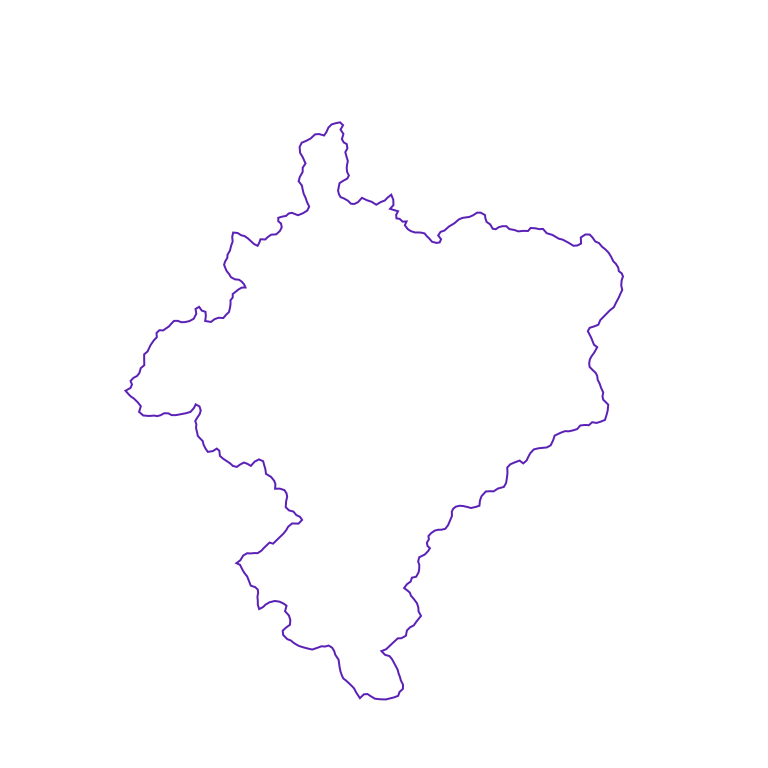 outline of Mariana, Minas Gerais, Brazil, rotated 224°
{"feature_id": "56859067B28014056344581", "entity_name": "Mariana", "entity_type": "district", "adm_level": 2, "iso_a3": "BRA", "parent_name": "Brazil", "parent_adm1": "Minas Gerais", "projection": "mercator", "projection_center": [-43.32, -20.336], "detail": "fine", "context": "isolated", "style": "outline", "palette": "violet", "viewbox_px": 768, "rotation_deg": 224, "n_neighbors": 0, "source": "geoboundaries", "source_scale": "gbopen_adm2", "svg_char_len": 6166}
<svg xmlns="http://www.w3.org/2000/svg" viewBox="0 0 768 768"><g transform="rotate(224 384 384)"><path d="M597.7,388.2L595.5,384.5L591.8,381.3L590.0,377.2L587.5,373.0L586.4,368.4L584.3,365.8L583.4,361.8L581.9,358.7L578.7,357.2L575.5,355.9L571.7,355.5L568.3,354.5L564.0,355.7L560.7,358.3L557.3,358.8L553.9,358.5L550.7,357.2L553.3,354.5L554.3,351.2L555.3,343.6L552.9,341.1L552.6,337.6L549.9,334.9L547.5,331.5L545.5,328.0L545.7,324.1L545.4,319.8L549.0,316.8L550.9,313.0L551.6,308.4L556.4,305.1L559.5,309.3L562.6,311.9L566.1,310.2L570.6,311.1L571.7,307.1L567.8,304.1L566.2,298.7L567.7,294.0L570.4,290.0L572.8,287.6L576.2,286.2L578.9,283.5L578.9,279.7L578.7,276.1L580.1,269.1L582.9,266.7L583.1,262.7L579.9,259.8L579.9,255.5L578.9,249.7L576.7,243.2L577.1,238.7L573.6,235.1L569.5,231.0L570.0,226.4L567.6,222.0L567.2,218.3L568.5,214.3L568.4,210.1L565.0,208.6L563.6,205.1L565.3,199.6L560.2,199.2L557.1,199.2L554.0,199.8L548.8,199.8L543.5,199.1L540.8,193.8L535.3,194.1L530.8,197.8L527.5,201.5L524.7,203.5L523.0,206.4L521.8,210.3L518.7,213.1L515.1,214.1L512.1,217.0L506.1,225.5L503.8,229.6L504.1,235.0L505.3,238.5L501.1,239.7L497.4,237.6L495.6,234.1L495.0,230.2L494.0,226.2L491.0,224.7L488.7,221.8L484.6,219.2L481.9,217.3L478.3,217.1L474.8,217.0L471.6,215.0L467.7,213.6L463.6,212.8L460.5,216.8L459.4,221.4L456.1,221.6L452.1,218.3L448.0,218.5L439.7,220.0L435.7,220.1L432.3,222.1L431.6,226.0L430.2,230.2L426.8,231.7L422.9,232.6L423.1,238.3L421.6,242.9L417.3,244.5L414.0,242.5L410.1,240.3L406.5,237.4L400.7,238.7L395.8,238.1L392.6,236.6L389.6,233.0L386.2,236.4L381.9,238.5L378.3,237.7L375.4,235.7L372.8,231.5L369.1,227.1L364.5,227.1L360.6,229.3L356.0,228.8L352.2,230.1L348.5,229.3L348.5,224.2L353.2,219.9L353.8,214.8L352.8,210.8L352.4,206.6L352.6,201.1L352.9,192.1L356.2,190.4L356.5,183.3L356.4,179.0L357.4,174.6L359.8,172.3L362.4,169.3L364.9,167.2L366.1,162.8L364.9,157.4L365.7,152.6L362.0,153.9L355.9,151.8L352.6,151.0L348.7,150.5L344.5,148.6L339.8,146.4L335.5,148.4L331.9,148.4L329.4,146.3L327.3,143.1L324.1,140.3L321.5,137.6L317.5,135.4L316.1,139.3L315.9,143.3L314.7,147.5L311.8,152.1L308.0,154.8L303.7,156.3L300.1,156.8L297.3,151.8L291.5,151.4L287.5,149.2L284.4,145.5L285.3,140.5L285.5,136.2L282.2,133.4L276.3,133.3L272.8,134.8L269.5,135.0L266.4,135.6L263.2,136.5L259.7,138.2L255.7,140.4L251.2,143.1L248.8,147.7L246.7,152.0L244.1,154.1L242.1,157.4L238.1,158.3L234.3,157.3L231.0,155.4L225.1,154.1L219.8,149.9L215.8,147.1L212.3,145.3L208.8,143.9L205.4,144.3L200.9,144.4L197.0,144.4L193.9,144.2L189.8,142.8L183.1,141.3L182.9,146.8L180.5,149.5L176.2,150.3L172.0,151.3L168.3,154.1L163.6,158.3L159.1,165.5L157.2,169.5L158.9,173.3L158.6,177.8L161.4,180.9L166.0,182.5L169.1,184.4L172.2,185.8L175.6,187.9L184.3,190.8L187.5,191.7L191.0,192.1L195.1,189.9L200.3,190.1L198.2,194.7L197.8,203.8L197.4,210.6L194.9,213.2L193.4,218.1L196.3,222.7L196.2,227.3L194.9,231.0L195.6,235.5L196.3,242.9L201.1,244.4L204.1,247.1L208.0,249.2L213.5,250.1L217.4,250.4L220.6,251.9L223.9,251.7L227.8,251.2L228.4,255.9L227.6,260.5L229.4,264.0L227.0,267.7L228.3,272.6L230.2,275.4L233.1,278.5L236.1,280.0L238.3,283.8L236.2,289.7L236.2,294.4L236.9,297.8L240.2,297.7L242.9,299.6L243.8,303.4L246.4,305.5L246.5,309.5L245.7,313.7L243.8,316.8L241.4,319.1L239.3,322.5L239.9,327.1L243.5,336.4L246.5,339.2L247.6,342.4L247.1,345.7L245.0,349.0L242.1,351.3L238.7,353.4L235.3,355.2L232.7,359.2L230.8,362.7L233.9,366.7L235.9,370.9L236.1,377.4L233.3,380.5L230.6,382.9L229.4,388.0L226.3,393.2L227.4,397.6L229.9,401.2L233.3,405.7L237.3,409.5L237.4,413.9L235.7,418.0L233.3,423.1L228.7,423.6L228.3,428.1L229.4,431.2L230.7,435.7L230.8,441.0L228.2,445.1L222.8,451.5L221.5,455.6L223.2,460.9L225.4,465.4L223.0,471.8L221.1,475.7L218.0,478.6L215.4,482.6L213.7,485.9L214.0,490.5L211.1,494.0L208.0,496.7L207.7,501.1L204.0,503.7L202.0,507.4L200.1,511.6L202.1,515.7L204.6,520.2L208.3,524.9L212.0,525.0L215.4,525.0L218.2,526.8L220.4,530.2L225.1,532.0L229.2,534.1L233.3,535.5L236.2,537.9L239.3,539.0L243.7,539.0L247.9,539.1L250.8,541.4L253.0,544.7L254.0,548.2L254.5,552.2L256.2,558.6L260.2,558.1L267.3,561.3L274.1,563.6L275.1,567.3L272.8,571.5L271.0,575.5L272.8,580.2L272.7,594.1L272.0,598.9L273.6,603.7L275.2,609.4L276.7,613.3L277.9,617.1L281.8,619.7L285.1,623.7L286.8,627.4L289.9,628.7L293.4,628.3L296.3,630.4L300.5,631.5L304.4,631.6L309.0,633.3L313.7,634.5L318.7,634.6L322.5,634.2L327.2,634.7L331.1,633.3L335.7,634.2L339.8,634.4L343.0,631.5L344.2,626.1L339.8,621.9L341.1,618.0L343.8,615.0L348.6,614.0L355.7,612.0L359.3,609.9L362.4,609.2L366.5,608.2L371.7,605.5L377.4,606.0L379.8,603.3L383.2,601.2L386.9,598.1L386.7,594.1L390.3,590.8L393.4,587.1L397.3,585.3L401.5,582.5L405.6,582.5L408.4,579.8L410.4,576.5L411.1,573.0L413.7,571.2L418.4,572.6L422.8,571.9L426.0,573.5L428.8,575.7L433.5,574.4L436.1,571.9L437.1,567.3L438.7,563.4L441.0,560.5L443.0,557.9L444.5,554.3L445.0,548.6L446.7,542.3L447.1,536.4L449.0,532.7L448.2,528.5L443.5,527.8L442.3,524.5L444.3,521.9L448.3,519.7L452.6,520.1L456.1,520.1L459.4,520.5L462.9,518.4L466.9,514.6L470.9,512.6L474.5,511.9L479.3,512.7L480.7,516.6L483.4,513.7L487.4,513.7L490.1,511.8L492.8,514.2L493.9,518.0L501.3,514.2L501.5,519.3L505.3,523.0L510.3,525.2L510.9,520.5L510.9,516.5L512.7,512.7L514.1,507.6L519.4,506.5L524.0,504.3L529.2,502.6L529.0,496.7L530.4,492.9L533.0,490.7L537.3,490.8L541.9,489.6L545.0,488.3L548.2,489.2L551.4,491.2L555.5,497.6L554.5,501.9L553.1,506.3L554.1,509.6L557.8,510.9L560.7,513.3L562.8,515.9L564.9,519.3L568.9,521.5L572.9,523.9L574.0,528.1L577.5,530.7L580.7,529.8L584.4,530.9L586.9,535.7L592.0,536.8L593.2,541.7L597.4,541.7L599.8,538.2L602.0,534.4L602.1,529.8L600.5,525.4L599.7,521.2L604.3,518.7L607.0,515.7L607.3,509.7L608.9,504.8L610.8,500.4L609.3,495.8L604.9,492.0L600.1,490.7L593.6,488.1L592.8,483.2L589.8,480.0L588.4,474.5L586.3,470.6L580.9,469.7L577.9,467.6L574.0,465.1L569.4,463.3L566.0,461.5L561.0,459.6L559.7,455.4L560.9,450.6L563.1,445.7L566.1,444.4L569.1,443.2L571.0,440.5L571.2,437.0L573.8,433.2L575.5,430.1L573.0,427.6L569.6,427.9L566.4,425.7L565.2,421.8L565.5,416.8L568.9,413.0L569.7,408.8L569.8,405.5L573.4,402.3L571.9,399.1L570.9,395.6L574.8,394.4L583.1,394.2L587.1,393.5L590.3,391.7L594.1,391.0L597.7,388.2Z" fill="none" stroke="#5b21b6" stroke-width="2"/></g></svg>